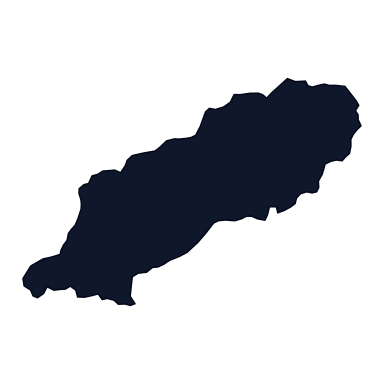 Nova Europa, São Paulo, Brazil (orthographic projection)
{"feature_id": "56859067B62446917197419", "entity_name": "Nova Europa", "entity_type": "district", "adm_level": 2, "iso_a3": "BRA", "parent_name": "Brazil", "parent_adm1": "São Paulo", "projection": "orthographic", "projection_center": [-48.554, -21.778], "detail": "fine", "context": "isolated", "style": "filled", "palette": "ink", "viewbox_px": 384, "rotation_deg": 0, "n_neighbors": 0, "source": "geoboundaries", "source_scale": "gbopen_adm2", "svg_char_len": 1837}
<svg xmlns="http://www.w3.org/2000/svg" viewBox="0 0 384 384"><path d="M134.9,303.7L130.2,296.3L131.3,285.3L132.3,276.8L138.1,273.2L146.6,272.2L152.3,267.5L158.1,266.9L163.8,264.2L169.6,260.3L179.4,256.4L187.0,252.4L197.9,242.3L206.1,232.8L213.6,223.0L218.5,220.7L225.2,220.0L234.9,220.7L241.6,218.7L246.2,216.2L251.6,216.2L257.9,218.9L264.9,220.2L267.5,214.7L269.4,206.8L276.4,206.8L277.8,212.8L283.8,210.6L290.4,207.1L295.1,203.6L296.5,198.0L300.5,193.7L306.8,191.8L312.1,192.9L316.6,191.8L318.7,187.6L318.4,181.0L322.1,174.4L323.8,168.9L325.0,164.1L330.8,161.3L336.4,160.0L342.1,160.8L345.6,156.8L349.5,153.4L350.9,146.2L350.8,139.3L353.3,134.3L357.0,129.7L361.0,125.8L358.1,119.6L358.1,114.9L355.4,110.7L358.7,105.3L356.2,101.0L349.5,92.2L344.9,86.4L335.8,85.4L329.0,85.4L324.4,84.1L318.7,85.3L312.4,87.1L308.0,85.8L305.4,81.1L300.3,81.4L295.2,81.6L287.4,78.6L283.0,82.6L271.6,92.9L266.7,98.2L262.8,94.9L258.5,93.2L249.8,93.3L240.4,94.7L234.1,94.6L230.4,102.2L223.6,107.0L215.4,109.5L209.4,108.4L205.6,111.8L204.0,116.1L202.1,121.4L200.3,126.4L198.2,130.4L195.8,135.2L190.9,137.6L186.2,138.4L179.2,139.1L174.3,138.9L166.6,140.9L159.6,147.5L154.9,151.1L148.4,152.2L142.8,153.2L132.3,155.6L127.2,160.3L125.3,165.6L120.6,172.8L114.7,170.1L109.3,170.6L102.8,171.1L97.7,174.4L92.1,175.9L88.6,183.5L83.9,184.7L79.2,188.7L79.0,193.5L80.9,199.5L81.4,204.1L81.1,209.1L77.9,218.9L75.2,225.2L71.6,229.2L68.5,233.3L67.1,240.3L63.4,245.3L61.2,249.9L60.1,254.4L54.5,256.2L49.4,257.6L43.1,258.9L36.9,262.5L30.8,266.0L27.4,271.5L23.0,278.5L24.1,285.9L30.5,289.9L33.1,295.9L37.5,297.7L43.5,293.6L47.1,286.7L53.9,290.2L60.2,289.4L65.3,289.1L70.4,286.1L75.8,290.2L77.6,296.9L84.2,297.2L91.5,295.7L98.2,293.9L102.2,299.5L107.3,298.4L114.1,300.2L118.3,304.2L125.0,304.0L130.4,305.4L134.9,303.7Z" fill="#0f172a" stroke="#020617" stroke-width="1.5"/></svg>